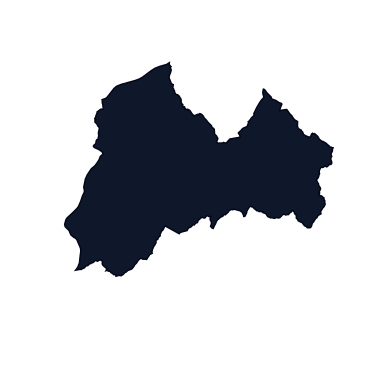 outline of Envigado, Antioquia, Colombia, rotated 29°
{"feature_id": "7082276B11340902680280", "entity_name": "Envigado", "entity_type": "district", "adm_level": 2, "iso_a3": "COL", "parent_name": "Colombia", "parent_adm1": "Antioquia", "projection": "equal_earth", "projection_center": [-75.537, 6.148], "detail": "fine", "context": "isolated", "style": "filled", "palette": "ink", "viewbox_px": 384, "rotation_deg": 29, "n_neighbors": 0, "source": "geoboundaries", "source_scale": "gbopen_adm2", "svg_char_len": 6003}
<svg xmlns="http://www.w3.org/2000/svg" viewBox="0 0 384 384"><g transform="rotate(29 192 192)"><path d="M310.8,167.1L312.7,165.9L313.0,165.3L313.0,163.7L312.3,160.9L312.8,159.4L312.8,158.0L312.5,157.9L312.8,157.7L313.0,155.1L313.7,153.9L313.5,152.0L314.2,150.4L315.4,148.6L314.0,146.9L314.1,142.5L314.6,140.7L314.4,138.2L314.0,137.6L313.3,137.1L312.4,135.3L311.4,134.8L310.1,133.1L308.7,133.1L307.2,132.6L306.4,133.1L304.9,133.1L303.9,130.8L303.1,130.9L303.1,128.7L302.8,126.7L301.9,126.0L299.6,124.8L298.5,123.4L297.2,122.8L295.7,121.6L294.7,121.2L295.4,119.3L295.3,117.2L294.9,116.0L294.7,114.2L293.6,112.9L293.0,111.7L292.7,108.3L293.1,107.8L294.0,107.4L294.9,106.6L295.7,104.6L297.5,104.8L298.1,104.0L298.6,102.0L299.2,101.1L300.1,100.5L300.4,99.5L299.4,97.7L298.0,96.6L296.9,95.2L297.0,93.2L295.7,91.9L295.2,91.8L295.0,90.6L295.0,88.3L294.2,86.7L293.9,84.9L293.3,85.1L292.8,85.6L292.1,85.3L290.7,85.9L290.2,85.4L285.1,84.3L282.1,84.3L281.9,84.7L277.9,84.2L275.0,82.4L271.0,81.5L270.5,81.7L270.0,82.4L268.9,82.2L268.5,83.4L268.8,85.9L268.2,87.2L264.2,87.7L261.4,87.6L260.8,86.8L259.4,85.8L258.6,85.8L257.5,84.9L256.7,85.1L255.5,84.9L254.3,85.3L253.1,83.9L252.5,83.8L250.2,79.2L246.6,79.1L243.5,77.7L242.7,77.1L239.4,76.1L234.8,73.9L229.1,78.3L228.4,74.9L228.0,71.7L227.4,71.5L227.3,71.2L224.8,71.6L220.8,71.3L216.7,72.0L215.2,70.6L208.9,68.8L207.1,67.7L204.9,67.2L204.5,67.6L205.1,68.8L205.1,69.4L206.3,71.6L208.3,73.6L209.0,74.7L208.1,78.1L207.8,81.8L207.7,86.5L207.8,89.0L208.0,91.1L208.0,92.8L208.1,93.5L209.0,94.6L209.1,95.2L208.1,98.2L207.7,101.8L207.1,103.4L207.9,103.9L208.4,108.1L206.1,111.0L205.4,112.2L205.1,114.2L203.9,117.7L204.0,118.0L204.7,118.4L206.0,119.0L207.6,120.7L199.9,126.9L199.2,127.8L199.2,128.5L198.9,129.4L198.7,130.9L198.1,132.4L197.7,133.0L195.5,133.4L195.2,134.2L191.0,136.7L189.2,136.3L188.7,132.7L186.2,131.1L184.0,130.5L183.5,130.1L181.1,126.4L179.9,125.9L178.8,125.9L177.8,125.5L176.9,124.6L172.3,123.3L168.8,121.8L167.0,121.5L165.5,120.4L163.3,119.5L161.6,119.5L160.8,119.7L160.8,121.3L159.9,121.5L159.5,121.1L157.7,123.4L157.7,123.8L156.4,124.3L153.7,123.4L150.6,121.7L149.1,121.7L148.7,122.3L148.3,121.7L147.9,121.8L147.1,122.8L146.2,123.2L145.8,122.2L145.5,122.0L145.1,122.0L144.9,122.6L144.7,122.5L144.1,121.2L142.3,121.9L141.8,121.7L141.9,120.7L141.7,120.6L141.6,120.2L141.2,120.3L141.2,119.9L140.4,119.8L138.9,118.7L138.2,117.2L136.7,115.6L135.8,115.4L134.4,114.4L134.0,114.6L133.8,114.3L132.2,113.9L131.4,114.3L129.9,114.2L127.8,112.5L127.4,111.8L126.6,111.6L126.1,110.9L124.7,110.2L123.6,107.2L121.5,107.3L116.5,103.2L115.7,101.0L115.4,98.3L114.7,95.4L112.6,93.6L112.9,92.6L110.2,91.6L109.5,89.9L108.0,92.7L102.8,97.9L99.6,101.8L97.6,105.5L93.1,115.5L91.2,118.6L88.3,122.0L78.1,132.0L74.8,136.1L73.6,139.2L71.8,150.5L70.9,152.3L68.6,154.8L70.0,156.8L70.3,157.6L71.0,158.0L74.3,162.6L72.0,163.9L70.2,168.0L70.6,168.7L71.1,172.2L71.6,174.4L71.3,174.8L71.7,175.3L71.8,175.1L72.1,175.5L72.6,175.4L72.4,175.8L72.7,176.0L72.6,176.8L73.0,177.2L73.1,177.8L76.5,178.9L77.4,179.9L78.4,180.0L80.1,181.1L81.5,185.7L83.2,188.1L83.9,190.6L84.7,192.1L83.6,192.1L83.4,192.6L83.4,193.7L84.0,195.1L84.3,196.7L84.0,197.7L83.5,198.6L83.5,199.6L84.2,200.2L85.6,200.4L89.9,200.0L93.4,200.4L94.7,200.9L95.5,201.7L95.5,202.9L95.0,204.0L94.6,205.4L95.1,208.9L94.8,213.1L94.4,216.1L92.7,220.5L92.1,227.7L92.5,232.4L95.0,240.3L96.8,242.3L97.9,244.3L98.1,248.3L99.2,254.2L99.7,259.5L99.5,261.4L99.2,262.8L97.6,268.3L95.3,275.3L95.2,277.5L96.3,282.0L97.9,283.8L103.2,285.3L106.8,288.2L110.4,288.9L112.6,288.9L114.4,289.5L121.5,295.0L122.3,295.9L123.5,297.8L125.1,301.9L127.9,308.5L128.5,312.7L128.4,314.9L128.1,316.8L131.5,314.0L132.5,313.6L133.5,312.1L133.6,311.7L134.7,310.5L135.0,308.3L135.3,307.8L136.5,307.0L137.3,304.3L138.3,303.6L138.4,302.4L139.3,302.2L139.9,301.2L140.3,299.6L140.8,298.7L141.3,298.4L142.8,298.5L144.5,295.7L147.4,296.1L148.3,298.4L149.9,299.4L154.1,300.2L154.9,301.2L154.9,302.5L155.7,301.7L156.7,301.8L158.9,301.2L160.3,301.8L162.4,301.8L163.4,302.3L165.5,301.3L166.3,302.5L168.6,300.3L170.6,299.6L171.8,297.4L172.3,295.1L173.3,293.7L173.8,291.9L176.6,288.6L177.2,285.7L177.2,283.4L177.9,281.1L178.1,277.7L179.0,275.2L179.6,274.7L181.6,274.6L184.1,273.2L184.9,273.0L185.1,272.0L184.9,270.9L185.2,270.0L185.3,267.3L186.9,264.8L186.3,264.3L185.9,263.5L185.3,261.6L184.9,258.2L185.1,257.2L185.1,254.1L184.9,253.2L184.1,252.4L184.1,250.9L184.9,250.3L185.0,249.6L184.9,249.2L184.5,248.9L184.5,248.5L185.3,246.3L185.3,245.4L184.4,244.2L184.6,243.0L184.3,240.8L184.6,240.5L185.0,239.2L184.8,235.5L185.0,234.7L201.0,234.7L201.1,233.9L201.9,232.4L206.4,228.1L206.3,225.5L208.3,222.5L208.6,220.3L210.0,219.7L210.3,217.4L211.4,216.3L211.5,215.3L211.0,213.8L211.6,212.8L212.5,209.9L213.8,209.0L215.0,209.0L215.8,208.5L216.0,208.0L216.2,206.2L216.8,205.2L218.2,205.3L219.9,204.9L220.4,204.5L220.7,206.2L221.4,207.5L221.9,207.9L223.3,208.6L224.6,210.8L224.6,212.3L225.0,213.1L227.2,213.8L228.2,213.6L228.0,212.2L227.6,211.3L227.7,210.9L228.0,211.1L227.9,210.0L228.0,208.3L227.7,206.9L227.7,203.8L228.3,203.1L228.7,201.4L229.9,199.0L230.1,199.0L230.2,198.5L230.7,198.2L230.7,196.8L230.9,196.5L230.9,195.8L232.1,195.9L233.4,192.2L233.5,190.3L234.8,188.2L236.2,187.8L237.1,186.7L237.6,186.5L243.4,185.1L245.9,185.5L248.7,187.6L249.1,188.3L250.0,187.7L249.9,184.1L249.2,181.8L249.4,177.2L249.8,176.2L251.3,176.1L251.8,175.4L252.9,175.9L253.9,175.9L254.3,176.4L256.0,176.5L257.6,177.0L258.2,176.5L259.9,176.6L261.1,176.1L261.6,175.6L262.7,175.4L263.3,175.5L264.1,174.9L264.4,175.6L266.9,175.1L270.2,176.8L271.8,176.6L272.4,176.3L273.0,176.6L274.6,175.7L276.9,175.1L278.3,173.3L280.1,172.9L281.2,171.9L281.9,169.6L282.2,168.1L282.7,167.3L283.6,166.6L284.8,166.8L286.0,165.9L286.9,165.0L287.4,164.9L287.5,163.0L288.3,161.9L288.7,159.9L289.1,159.4L291.5,160.1L292.3,161.3L293.6,161.3L295.1,162.6L295.8,164.2L297.9,164.9L298.6,165.6L300.2,165.7L303.2,165.4L306.3,166.8L307.1,167.0L308.4,166.7L309.9,167.3L310.8,167.1Z" fill="#0f172a" stroke="#020617" stroke-width="1.5"/></g></svg>